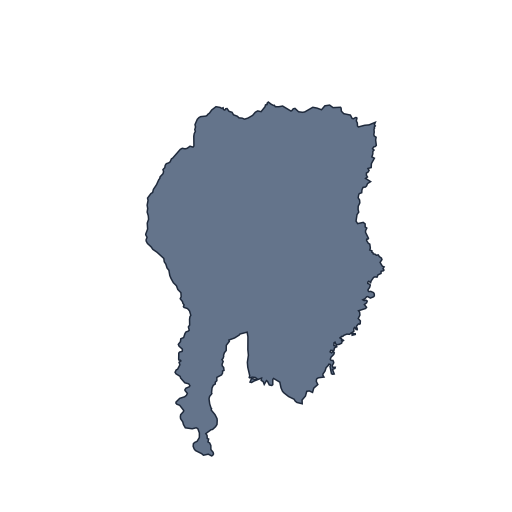 Aguazul, Casanare, Colombia (Mercator projection), rotated 46°
{"feature_id": "7082276B87495791799941", "entity_name": "Aguazul", "entity_type": "district", "adm_level": 2, "iso_a3": "COL", "parent_name": "Colombia", "parent_adm1": "Casanare", "projection": "mercator", "projection_center": [-72.5, 5.106], "detail": "fine", "context": "isolated", "style": "filled", "palette": "slate", "viewbox_px": 512, "rotation_deg": 46, "n_neighbors": 0, "source": "geoboundaries", "source_scale": "gbopen_adm2", "svg_char_len": 6135}
<svg xmlns="http://www.w3.org/2000/svg" viewBox="0 0 512 512"><g transform="rotate(46 256 256)"><path d="M153.9,144.2L154.9,145.8L155.7,152.1L152.8,154.0L152.1,156.6L152.5,160.8L151.2,166.0L149.6,169.2L147.2,170.2L144.8,172.3L142.6,172.3L138.8,174.1L136.0,173.4L133.2,174.9L129.8,174.4L129.0,175.5L129.4,176.6L129.1,177.3L127.8,177.6L126.5,176.7L126.0,178.1L124.2,178.6L120.8,181.1L120.2,186.4L120.9,190.3L120.6,192.4L120.9,193.5L120.5,194.9L117.3,199.0L116.8,200.9L116.9,203.3L119.1,208.6L121.2,209.9L122.6,212.3L124.2,213.0L125.1,215.5L126.6,217.5L133.7,224.2L133.9,225.7L131.2,227.2L130.7,230.8L129.6,232.6L127.3,234.2L126.7,236.4L127.7,247.9L127.4,249.4L128.6,252.3L128.4,254.0L127.3,256.4L127.7,258.3L129.1,260.3L129.2,262.9L131.1,263.9L132.2,265.7L132.4,270.0L133.4,271.4L133.6,273.0L135.6,278.0L136.8,283.5L138.5,286.2L138.1,288.3L139.0,293.8L141.0,295.0L143.8,299.0L146.6,300.9L148.8,303.8L152.2,305.5L155.0,307.8L156.8,311.4L161.3,315.2L163.6,320.0L164.1,320.6L166.9,321.4L168.0,323.8L168.9,324.6L171.6,325.4L176.5,325.1L179.6,325.6L184.5,324.6L193.7,324.0L196.4,326.0L199.2,326.5L202.8,328.3L205.8,328.6L210.2,331.6L213.3,332.8L217.8,334.0L222.1,333.9L225.8,335.5L230.2,335.5L233.3,338.1L234.1,340.2L237.8,340.6L239.1,341.4L241.2,341.7L242.0,343.4L243.0,343.5L246.0,341.9L247.4,341.8L249.4,342.0L253.4,344.1L253.8,345.7L255.4,347.8L259.6,351.7L260.0,353.9L263.0,355.6L263.0,356.8L262.0,359.1L262.4,360.9L264.4,364.7L263.3,367.6L265.1,369.8L265.6,373.3L267.4,374.0L271.7,373.7L272.5,374.2L273.3,375.4L272.0,377.7L272.2,379.0L276.6,383.4L277.4,383.7L278.5,382.7L279.3,382.9L279.0,385.2L281.4,386.3L283.0,391.1L282.5,392.4L283.4,395.0L285.2,395.4L289.9,394.2L291.4,395.0L297.8,395.3L301.2,393.2L303.4,393.6L303.7,394.9L302.4,398.3L302.8,400.0L303.4,400.5L307.1,400.8L307.9,402.8L307.7,405.1L305.4,409.8L305.5,415.0L306.2,415.8L307.6,415.9L310.4,414.6L316.9,415.3L317.5,416.1L317.8,420.4L319.1,422.1L320.7,423.3L324.4,423.9L326.9,425.3L330.5,426.2L336.0,421.9L338.0,418.3L339.8,417.8L343.9,419.6L347.2,422.8L348.4,427.1L347.5,429.7L347.5,431.4L349.2,433.4L351.8,434.5L353.9,434.7L360.4,432.4L362.8,432.2L365.4,428.0L369.0,426.8L369.3,425.7L368.9,424.1L367.4,423.2L363.9,422.9L360.9,420.1L358.2,419.2L356.4,419.7L354.8,417.2L353.4,417.8L351.0,415.8L348.9,415.5L349.7,409.1L350.6,407.7L350.7,403.7L350.1,401.1L347.3,398.1L345.9,397.0L341.7,395.7L335.7,395.2L334.8,393.9L334.2,394.0L330.3,392.1L326.1,389.0L324.8,387.0L324.3,383.3L323.4,382.9L320.4,379.3L319.3,376.5L319.8,374.3L318.5,372.9L318.5,370.8L316.1,368.5L317.6,363.4L317.0,361.4L315.5,360.0L316.1,358.5L313.7,356.7L311.6,356.6L310.3,355.6L309.1,352.9L306.8,352.4L306.8,351.0L305.9,349.1L304.8,348.2L303.6,345.9L303.3,343.1L299.6,339.4L298.9,334.5L297.6,333.9L300.1,328.3L301.2,323.0L301.0,321.7L304.6,315.3L308.5,317.9L317.8,327.0L322.1,330.4L326.5,336.1L330.3,339.2L337.8,343.7L338.7,345.3L339.4,345.1L340.5,342.9L342.8,340.9L344.8,340.6L344.8,342.2L342.0,343.6L341.2,344.7L342.5,347.9L343.9,347.1L344.6,344.2L347.7,336.8L349.1,338.7L351.3,338.1L354.1,339.3L352.9,335.0L354.2,334.8L358.0,336.0L360.1,334.6L360.2,333.3L356.5,329.7L356.3,328.4L363.3,326.5L368.2,329.6L371.7,330.9L373.7,331.0L379.7,330.2L385.5,328.1L387.7,328.6L389.8,328.3L394.4,325.4L391.6,322.9L391.1,317.7L388.6,313.5L390.1,311.4L393.4,310.1L391.2,306.3L391.4,300.8L388.2,299.8L386.7,298.1L386.6,296.9L387.1,295.5L390.3,291.2L388.2,290.7L387.4,289.8L386.7,286.3L385.0,283.1L384.9,280.1L384.4,278.8L385.4,277.9L386.1,278.0L386.9,279.5L393.1,283.5L394.3,283.0L395.2,281.7L390.7,279.7L391.7,277.3L391.1,276.3L389.5,278.0L388.8,278.0L387.7,277.1L386.9,274.4L386.4,273.9L384.6,273.2L383.2,274.5L381.9,274.3L380.9,272.3L380.8,268.5L380.0,266.9L378.2,267.1L378.2,268.9L376.4,269.3L375.8,267.7L378.2,265.7L376.6,263.4L377.4,260.9L376.7,260.7L374.5,262.2L372.6,260.1L372.9,259.0L374.8,259.8L376.0,259.5L377.4,257.5L378.2,255.0L377.3,253.5L377.5,251.7L376.6,251.8L376.0,253.0L374.9,251.9L373.6,252.6L373.1,252.3L373.5,251.3L373.2,250.4L374.1,249.5L374.1,247.9L375.3,244.9L377.3,243.1L377.4,241.2L378.5,240.9L379.8,241.9L381.4,239.1L380.8,238.6L379.9,239.6L378.4,240.3L377.7,240.1L378.2,238.0L376.3,236.2L375.8,234.8L376.7,234.5L378.4,235.1L379.3,234.4L379.0,233.9L376.6,232.8L376.2,232.1L376.0,229.5L377.0,228.8L377.1,228.1L375.2,226.0L372.0,225.9L370.7,222.3L368.4,220.5L366.6,220.3L369.9,213.6L369.7,212.1L366.2,211.8L366.5,209.0L365.7,207.3L364.3,207.5L363.2,209.2L361.7,209.6L362.4,207.2L362.2,204.8L362.8,203.8L365.7,203.0L367.0,199.8L366.9,198.6L365.5,197.3L364.0,196.9L361.2,198.0L359.9,199.6L358.8,199.5L358.0,198.7L357.5,196.0L356.3,194.0L355.4,193.8L353.4,194.7L352.5,193.8L352.5,192.4L354.8,192.0L353.9,190.4L353.1,186.3L353.6,185.0L355.3,183.6L354.3,181.3L355.4,178.2L353.9,176.6L355.1,174.7L355.0,173.7L353.4,173.5L352.8,171.4L351.2,172.2L346.8,171.2L346.1,167.9L344.6,167.2L342.1,167.7L340.1,167.3L339.1,168.9L337.4,169.1L336.0,170.2L334.8,169.6L333.7,170.0L332.8,169.0L330.7,170.0L329.7,168.2L326.5,165.9L324.9,166.4L321.7,165.7L320.8,164.7L321.6,163.8L321.4,162.8L315.1,160.8L313.9,159.6L312.9,156.9L311.0,157.3L308.7,155.2L306.3,155.5L303.3,160.4L300.4,159.8L296.4,154.6L295.8,151.6L293.4,150.2L291.2,147.9L289.9,144.4L287.7,142.6L285.1,142.1L283.2,139.5L282.9,138.3L283.9,136.0L281.9,133.7L281.0,131.3L282.4,129.4L282.4,127.8L281.4,125.5L282.1,121.9L276.3,123.3L276.6,120.9L274.6,120.5L273.0,118.9L273.5,117.2L273.0,115.2L270.8,114.7L272.4,111.7L269.7,108.8L267.9,102.9L265.2,103.8L263.7,101.0L261.9,99.3L261.8,97.5L259.8,97.7L259.3,95.6L260.1,94.1L260.0,92.6L255.7,89.4L254.0,87.1L251.9,87.6L250.6,87.0L249.0,84.9L246.8,83.1L246.4,81.9L245.4,81.4L245.3,79.8L243.8,79.7L242.7,77.3L240.2,83.6L237.4,87.1L234.3,92.7L233.0,92.7L230.7,90.7L228.5,90.0L227.0,87.7L226.4,87.5L225.5,88.3L225.0,90.5L223.8,91.3L220.2,90.2L214.6,94.0L211.2,94.0L208.6,92.0L207.7,91.9L202.8,97.5L198.6,98.2L195.8,102.1L196.3,107.3L192.1,109.3L188.5,111.8L186.2,120.9L185.0,122.7L181.8,125.2L176.9,125.4L176.0,126.9L176.3,129.4L175.9,130.2L166.6,132.7L164.4,136.0L162.0,138.4L160.3,138.1L159.9,138.8L157.6,139.6L153.8,140.2L153.8,141.8L154.7,142.9L153.9,144.2Z" fill="#64748b" stroke="#1e293b" stroke-width="1.5"/></g></svg>